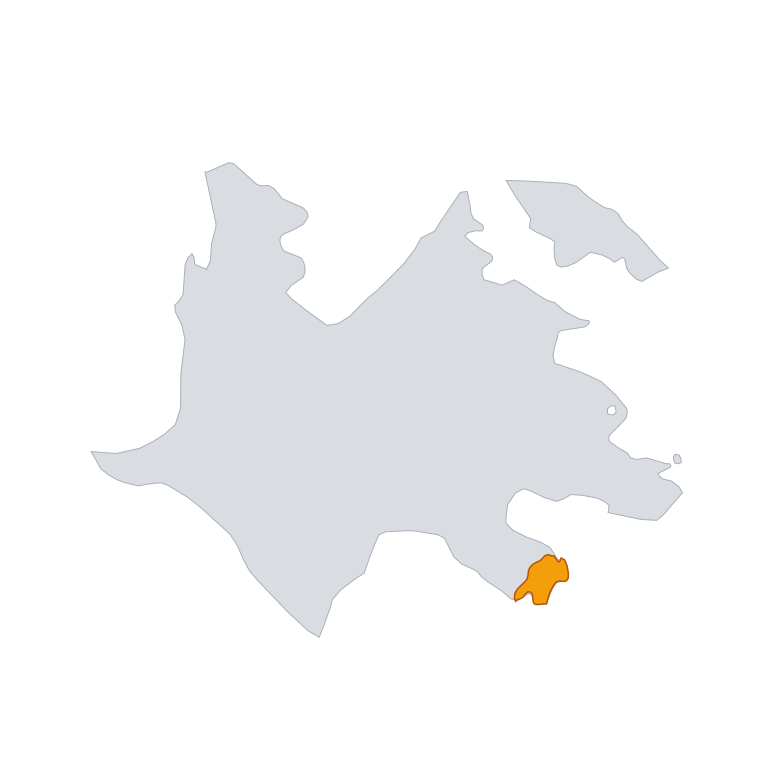 Azerbaijan, with Balakən highlighted, rotated 170°
{"feature_id": "AZE-1723", "entity_name": "Balakən", "entity_type": "District", "adm_level": 1, "iso_a3": "AZE", "parent_name": "Azerbaijan", "parent_adm1": "", "projection": "mercator", "projection_center": [46.43, 41.723], "detail": "fine", "context": "in_parent", "style": "filled", "palette": "amber", "viewbox_px": 768, "rotation_deg": 170, "n_neighbors": 0, "source": "natural_earth", "source_scale": "10m", "svg_char_len": 4022}
<svg xmlns="http://www.w3.org/2000/svg" viewBox="0 0 768 768"><g transform="rotate(170 384 384)"><path d="M523.5,623.9L520.5,623.6L498.5,628.9L493.9,627.2L475.1,603.2L471.3,600.6L463.1,599.5L458.4,595.5L454.5,589.1L452.3,584.3L432.9,571.3L430.0,566.5L429.6,562.3L432.5,558.5L435.8,555.3L445.2,552.0L456.3,549.2L459.9,547.2L461.7,543.7L461.6,538.1L459.8,532.6L443.8,522.6L442.1,518.3L441.6,513.0L442.5,507.5L445.0,503.2L458.0,497.3L464.9,491.1L460.6,484.3L446.6,468.7L430.0,451.6L418.9,451.4L406.1,456.5L385.6,471.1L374.3,477.4L359.5,487.7L343.4,499.2L330.2,511.4L322.0,521.4L307.4,525.8L300.0,534.3L275.5,559.5L268.6,559.2L268.2,546.7L268.6,536.7L267.0,531.0L259.1,523.2L259.0,519.8L261.1,517.7L267.2,519.0L275.0,518.5L278.7,515.4L270.4,505.1L262.9,498.1L256.6,493.5L255.2,490.7L255.2,488.7L256.5,486.3L267.3,480.6L268.4,475.3L267.7,469.5L250.5,460.8L237.7,464.0L226.2,454.3L218.8,446.7L209.6,438.6L201.4,434.2L193.5,424.1L179.8,413.6L171.0,410.6L171.1,409.0L172.8,407.0L176.4,405.4L200.8,405.9L203.8,404.0L205.3,399.4L208.7,392.8L212.6,382.9L212.3,374.7L187.7,361.3L169.9,348.9L157.6,332.7L149.2,317.7L149.5,312.7L151.9,308.0L171.0,294.2L172.3,290.6L171.8,288.2L165.0,281.1L156.5,273.9L153.8,268.5L148.4,265.8L138.2,265.6L120.3,256.6L116.4,255.8L115.6,254.0L116.5,252.2L129.3,248.5L129.1,245.5L125.2,241.6L118.0,238.7L111.3,231.5L109.0,225.1L132.2,206.2L139.0,202.4L154.1,205.9L185.6,218.4L183.4,225.4L186.6,229.3L193.8,234.6L207.7,239.9L219.4,242.7L225.3,240.3L234.3,238.4L246.1,244.5L256.9,252.4L262.2,255.5L265.1,256.5L273.3,253.9L283.2,243.8L287.0,231.6L288.1,225.7L282.4,217.6L270.6,208.7L257.3,201.0L248.8,194.1L243.3,180.6L237.9,179.1L236.5,177.3L235.6,172.7L235.8,166.2L237.7,161.3L243.0,159.1L248.5,158.4L253.4,153.6L259.5,144.3L262.1,139.1L273.7,142.1L275.2,150.4L277.3,152.2L282.1,151.2L290.0,147.7L296.4,150.4L304.5,160.3L315.8,170.8L321.9,177.8L324.3,182.7L330.1,187.4L338.5,192.9L345.2,201.6L351.2,221.6L357.3,226.3L379.0,233.9L386.6,235.5L408.0,238.2L415.5,236.2L426.5,218.9L436.4,201.1L445.6,197.4L462.3,188.8L472.3,180.6L476.5,171.8L486.0,155.2L491.8,145.8L501.6,154.1L518.7,176.7L543.0,213.2L549.0,223.5L552.9,235.5L556.3,250.0L561.8,262.8L586.5,294.9L597.2,306.7L614.6,322.0L620.7,325.4L628.8,326.3L643.7,326.4L657.5,332.4L664.3,336.6L671.3,342.6L677.6,349.6L684.0,368.3L660.1,362.1L636.0,363.1L622.4,367.1L609.3,372.5L596.6,380.2L588.7,395.2L582.1,429.8L572.3,462.1L572.7,477.0L576.9,491.2L576.4,498.0L572.0,500.9L566.4,506.9L559.0,536.3L555.3,542.2L550.5,545.8L549.2,542.3L549.5,534.6L539.0,527.8L533.5,535.5L529.7,551.6L522.0,568.5L521.6,571.8L523.5,623.9ZM168.1,320.9L169.1,316.2L166.1,314.1L163.0,314.0L160.2,316.3L160.2,322.1L164.0,323.2L168.1,320.9ZM89.3,456.2L85.7,451.4L84.0,448.8L94.7,446.6L112.3,440.2L117.1,443.3L122.2,449.8L124.8,455.4L125.3,465.6L127.4,467.3L135.9,463.9L139.8,468.0L146.4,473.0L157.8,477.9L174.3,470.2L182.6,468.2L189.3,468.4L193.0,470.8L194.2,478.8L192.9,488.6L191.0,494.0L194.5,497.9L208.0,507.4L213.6,512.6L210.9,521.7L221.0,543.9L224.4,552.5L228.3,563.2L207.7,559.0L170.5,550.1L160.3,545.5L150.6,533.1L144.8,527.1L136.3,519.4L129.3,516.5L124.0,511.2L121.0,503.3L116.6,496.2L108.9,487.7L91.5,459.2L89.3,456.2ZM111.4,262.6L109.1,264.2L105.6,262.6L104.5,259.0L104.8,255.2L108.3,254.3L111.1,255.4L112.0,258.8L111.4,262.6Z" fill="#d9dde1" stroke="#a8b0b8" stroke-width="1"/><path d="M262.2,139.2L264.5,139.8L267.4,139.7L272.4,140.4L274.3,141.5L274.9,144.2L274.4,150.1L275.0,152.5L276.9,154.1L278.9,154.1L280.8,152.9L284.3,149.8L286.5,149.0L290.8,148.1L292.1,147.1L292.8,150.4L291.3,155.4L287.7,159.3L283.5,162.2L280.2,164.4L277.1,166.9L275.3,170.9L274.1,175.3L271.6,178.6L268.4,180.7L264.7,182.0L261.0,182.8L258.1,184.9L255.1,187.1L251.9,187.4L248.6,185.6L246.0,185.0L245.9,184.0L243.5,179.4L243.3,178.6L241.8,178.7L241.1,179.8L240.5,181.1L239.6,181.9L236.7,179.4L235.3,173.0L235.3,165.7L236.3,160.8L238.4,158.6L240.7,158.3L245.7,159.5L248.0,159.3L249.7,158.4L251.2,157.0L255.8,151.4L258.1,147.6L262.2,139.2Z" fill="#f59e0b" stroke="#b45309" stroke-width="1.5"/></g></svg>